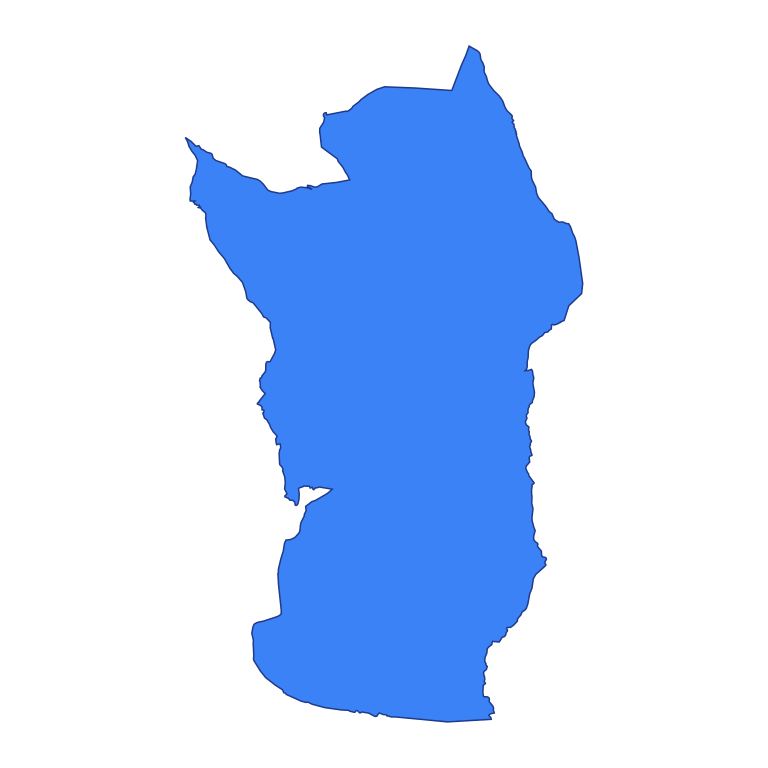 Roesti, Vâlcea, Romania
{"feature_id": "2599482B88399250652350", "entity_name": "Roesti", "entity_type": "district", "adm_level": 2, "iso_a3": "ROU", "parent_name": "Romania", "parent_adm1": "Vâlcea", "projection": "albers", "projection_center": [24.073, 44.917], "detail": "fine", "context": "isolated", "style": "filled", "palette": "blue", "viewbox_px": 768, "rotation_deg": 0, "n_neighbors": 0, "source": "geoboundaries", "source_scale": "gbopen_adm2", "svg_char_len": 6110}
<svg xmlns="http://www.w3.org/2000/svg" viewBox="0 0 768 768"><path d="M491.2,719.3L490.8,717.5L488.8,715.4L489.3,714.5L490.7,713.8L494.3,713.0L493.3,709.8L493.6,708.0L492.8,706.0L489.2,701.6L489.4,699.1L488.8,697.6L487.2,696.8L483.8,696.7L483.5,696.4L482.9,692.8L483.2,685.8L483.9,684.6L485.4,683.7L485.4,683.1L484.2,681.6L484.8,679.3L484.5,676.6L483.8,674.8L483.6,672.5L484.2,671.3L486.3,669.6L487.3,666.5L486.1,665.2L485.9,663.6L484.7,661.2L485.1,657.2L486.9,652.9L487.2,648.8L488.7,647.0L491.8,644.6L492.2,642.0L492.6,641.4L499.2,642.0L502.2,637.3L504.6,636.5L505.6,635.1L506.2,632.6L507.4,631.0L507.5,630.3L506.6,628.1L507.6,627.4L510.5,627.4L513.6,625.2L517.2,621.3L517.7,618.6L520.9,614.9L522.1,612.0L525.0,610.0L526.4,608.2L527.9,603.7L529.7,593.8L531.9,588.4L533.4,578.6L535.8,574.4L545.6,565.6L545.9,564.8L545.0,563.3L544.9,561.9L546.4,559.4L546.1,558.0L545.6,557.5L542.7,556.9L541.6,555.5L541.4,551.1L537.6,546.6L537.4,545.8L537.9,544.2L537.5,543.3L535.1,541.5L533.7,539.5L533.7,536.1L535.2,530.6L533.8,527.1L532.1,520.6L532.0,517.3L533.0,508.6L531.7,503.3L532.0,496.1L531.7,494.9L531.5,490.3L532.1,486.3L531.9,485.2L532.4,484.4L533.7,483.8L534.1,482.8L529.0,476.0L528.5,473.8L527.5,472.4L525.9,468.7L525.9,467.3L526.5,465.8L529.7,462.0L529.1,457.7L529.4,456.9L530.2,456.0L531.9,455.5L532.0,455.0L530.7,451.1L530.6,449.4L529.5,446.5L530.4,445.0L530.3,443.2L531.4,441.6L531.4,440.7L530.3,439.1L529.9,436.3L529.0,434.3L529.3,431.7L528.5,430.0L528.9,427.0L526.2,424.7L525.3,421.9L527.0,418.2L526.3,416.3L526.5,414.8L528.1,412.6L527.9,410.8L528.3,408.2L529.1,406.9L529.3,405.3L530.2,404.0L532.2,402.7L532.6,400.3L534.1,396.7L534.5,392.3L533.1,384.8L532.9,382.9L533.8,377.8L533.0,375.2L532.5,371.1L531.5,369.4L528.6,370.4L525.2,370.7L526.5,369.2L527.2,366.9L527.2,361.6L528.1,357.8L528.4,350.7L529.6,346.5L530.3,344.9L532.1,343.0L536.5,339.9L539.1,337.4L542.5,335.5L544.6,332.6L547.9,331.9L549.2,330.3L551.3,329.0L551.6,324.8L552.6,324.4L554.0,325.0L556.8,324.2L560.6,322.3L560.5,321.9L564.1,320.5L568.8,305.8L581.6,293.6L582.7,283.6L579.1,257.9L575.9,240.8L574.5,236.6L572.7,233.2L570.4,226.5L568.6,223.7L565.6,223.4L564.4,222.5L562.4,222.0L558.3,222.2L557.9,221.4L556.4,220.8L554.2,219.0L552.0,213.8L549.1,211.4L545.5,206.0L538.2,197.3L536.6,193.2L535.6,187.1L532.2,180.2L531.4,177.1L531.2,170.9L529.1,168.1L524.3,157.6L523.3,156.2L522.3,152.3L519.5,146.0L519.1,143.6L516.5,135.8L516.3,134.9L516.7,134.1L515.8,133.0L516.3,131.9L515.4,130.7L515.4,129.5L514.2,127.6L513.9,124.2L512.1,122.4L513.6,120.6L511.8,118.3L512.3,116.4L511.8,115.2L507.0,110.7L504.9,107.0L502.8,101.2L501.0,98.3L498.9,95.6L493.7,90.5L488.8,84.1L487.4,80.7L486.4,76.6L484.1,72.0L484.2,66.7L482.9,63.1L480.9,59.7L480.0,53.8L478.8,52.0L477.3,50.7L469.1,46.1L465.8,55.4L461.7,64.5L451.8,90.5L415.0,88.0L384.5,86.8L376.8,89.4L368.0,94.4L361.0,99.6L359.1,101.7L353.0,106.3L351.8,108.3L347.6,111.4L346.2,111.1L326.6,114.9L326.3,112.8L325.0,112.8L324.0,113.5L323.5,114.2L323.4,116.0L324.6,117.5L323.7,122.1L319.8,128.3L319.7,129.6L319.7,132.9L320.0,133.6L321.5,147.1L337.3,158.8L338.2,161.4L342.8,167.2L345.7,172.6L347.2,174.6L349.7,179.9L336.7,182.4L321.9,184.0L317.3,186.9L314.5,187.1L310.3,185.6L307.6,185.4L307.4,186.5L312.2,189.4L306.8,187.7L300.9,187.1L297.2,188.1L295.7,189.3L291.7,190.9L283.1,192.9L279.7,193.3L271.1,191.6L267.9,190.2L263.2,184.0L260.4,181.3L257.6,179.5L242.6,175.9L235.7,170.2L230.1,167.4L226.8,166.4L226.4,165.0L224.9,163.6L215.8,160.5L213.2,158.3L212.1,154.3L211.0,153.3L206.8,152.2L202.9,149.6L201.3,149.3L198.9,145.7L196.0,146.3L191.2,141.5L185.3,137.5L187.6,141.7L189.1,146.6L192.0,151.4L195.2,155.4L197.6,160.6L196.3,169.4L195.2,174.0L193.2,176.8L192.2,182.1L190.2,186.9L190.7,194.2L190.0,199.1L190.2,201.0L194.9,201.1L193.6,202.3L194.2,202.7L194.6,203.9L195.2,204.3L195.8,204.1L196.7,205.2L199.2,205.1L199.6,206.2L198.2,207.4L199.1,207.9L200.5,207.3L200.5,207.9L202.1,210.0L205.5,212.9L206.0,215.9L205.6,217.8L206.8,227.3L210.1,240.0L214.5,245.3L218.5,251.6L224.4,258.6L229.7,268.0L233.6,273.3L237.3,276.4L242.4,282.3L245.3,290.4L246.1,293.4L246.7,297.7L247.6,299.4L250.0,301.5L253.2,302.9L261.9,313.7L263.5,316.9L266.3,317.9L270.4,322.5L270.2,327.7L272.7,338.3L273.1,338.4L275.7,350.0L274.4,353.7L270.3,361.3L269.7,361.8L267.5,361.6L266.5,362.1L265.8,364.2L265.7,369.9L265.3,371.7L261.9,376.0L261.5,377.6L260.1,378.3L259.6,380.5L259.6,381.2L260.3,382.1L260.1,383.9L260.4,385.4L260.0,387.0L262.4,390.8L265.2,393.6L259.1,401.3L259.1,402.0L258.0,402.6L257.3,403.9L260.7,405.6L261.9,406.8L262.1,410.0L263.6,409.9L264.0,410.8L263.5,413.2L262.8,413.2L264.5,418.1L266.8,419.8L269.6,424.6L270.7,427.7L273.3,431.9L276.9,435.7L276.8,437.0L275.7,439.1L276.2,443.3L276.7,444.7L279.5,443.9L280.1,443.8L280.3,444.4L280.7,447.9L279.7,449.8L279.1,453.2L279.6,463.6L279.9,464.8L282.0,467.0L283.0,469.2L282.6,470.9L284.7,476.7L285.3,482.7L284.6,488.8L287.0,493.9L284.9,495.8L284.9,496.8L288.4,498.4L289.9,500.2L292.4,500.2L293.7,501.1L294.8,502.2L295.1,504.9L296.0,505.5L297.2,504.9L297.9,503.8L299.0,499.3L299.2,493.5L298.5,488.7L299.3,487.9L303.1,486.6L303.6,486.0L309.6,486.3L310.1,488.0L312.3,487.4L313.0,489.3L313.8,489.7L315.5,487.8L316.6,487.9L319.3,487.0L332.3,489.2L327.2,493.6L315.3,500.5L311.9,501.6L305.7,506.4L306.1,510.8L304.3,514.4L304.3,515.9L301.1,522.3L300.5,524.5L300.0,529.9L299.3,532.6L295.0,537.4L291.0,539.4L285.9,540.1L285.4,541.2L284.5,543.4L283.3,551.0L281.0,558.3L278.4,569.2L278.3,572.8L277.9,573.5L278.5,584.4L281.2,609.8L281.2,613.7L280.0,615.1L277.3,616.6L263.2,621.2L258.0,622.2L254.6,623.8L253.7,625.1L252.9,627.2L251.8,633.3L253.4,640.2L253.2,643.3L253.8,655.9L253.5,659.0L253.9,660.6L260.4,671.0L265.7,677.6L275.4,685.2L282.4,689.7L283.8,692.7L285.6,693.2L286.2,694.4L301.3,701.2L305.8,702.4L308.1,702.2L312.1,704.2L324.8,707.6L340.9,709.9L348.6,710.3L349.5,711.1L354.2,712.3L355.0,712.2L356.2,710.5L356.8,710.6L357.9,711.0L359.4,712.7L360.2,712.9L361.9,712.0L368.6,713.1L374.9,716.4L376.5,716.3L377.3,715.7L378.0,714.2L379.4,713.0L383.4,714.6L386.1,714.7L387.2,716.1L388.7,716.0L390.8,716.9L396.1,717.0L447.5,721.9L491.2,719.3Z" fill="#3b82f6" stroke="#1e3a8a" stroke-width="1.5"/></svg>